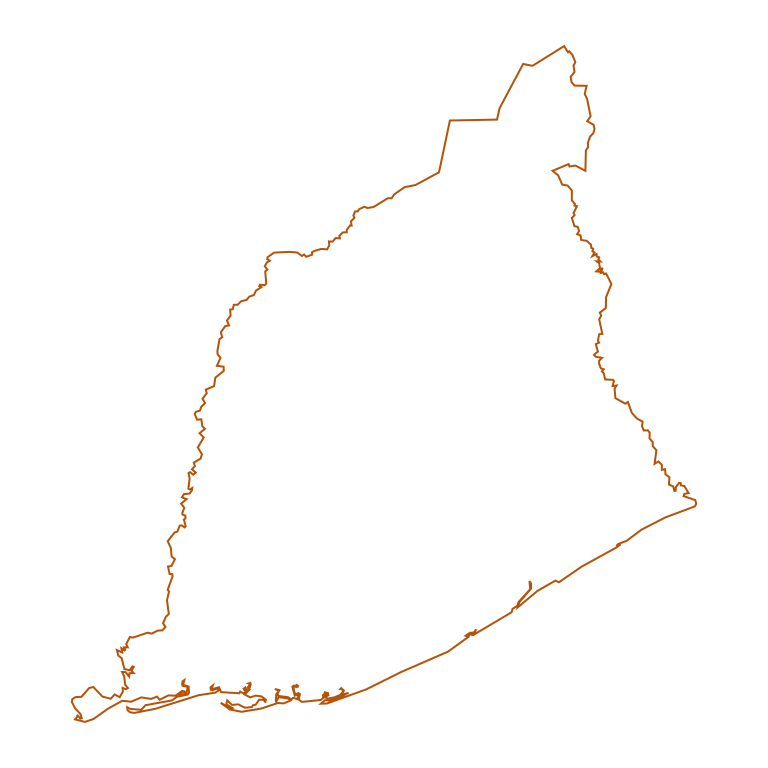 Antón, Coclé, Panama
{"feature_id": "35544464B51577894822537", "entity_name": "Antón", "entity_type": "district", "adm_level": 2, "iso_a3": "PAN", "parent_name": "Panama", "parent_adm1": "Coclé", "projection": "mercator", "projection_center": [-80.226, 8.473], "detail": "fine", "context": "isolated", "style": "outline", "palette": "amber", "viewbox_px": 768, "rotation_deg": 0, "n_neighbors": 0, "source": "geoboundaries", "source_scale": "gbopen_adm2", "svg_char_len": 6097}
<svg xmlns="http://www.w3.org/2000/svg" viewBox="0 0 768 768"><path d="M89.2,688.0L81.4,696.8L75.6,697.1L72.3,699.1L71.8,701.9L75.2,708.4L80.5,714.1L81.7,718.2L80.3,718.5L77.1,714.8L77.5,716.3L75.1,719.4L85.0,721.9L93.7,718.9L107.8,708.8L122.2,700.8L131.3,701.7L141.2,697.4L151.1,698.9L157.1,696.6L159.6,699.8L168.4,695.4L175.5,695.7L182.1,690.9L184.1,691.2L186.3,693.5L187.8,686.8L182.7,685.9L182.1,684.4L182.6,681.3L184.3,680.1L183.1,684.9L188.6,686.5L189.0,692.9L187.5,694.6L177.0,696.8L172.0,700.4L145.5,705.2L141.2,709.8L130.2,708.9L127.2,707.2L127.5,710.1L130.0,712.3L134.4,712.9L155.4,708.8L198.6,695.2L215.4,692.6L219.3,689.9L216.9,688.6L212.6,690.2L210.8,689.8L210.5,687.4L212.8,685.5L211.4,689.4L219.0,687.2L221.1,692.1L239.4,693.3L240.1,691.6L243.7,693.4L245.7,692.1L243.6,688.7L245.3,687.4L246.7,690.5L248.8,689.7L247.8,687.4L250.2,684.0L248.6,683.4L250.3,682.9L250.6,684.3L250.0,687.0L248.4,687.9L249.8,689.3L244.7,694.5L250.3,697.4L255.6,695.6L261.5,696.4L266.7,700.4L264.1,699.4L265.8,702.7L263.6,699.8L259.1,699.7L255.8,704.6L252.9,705.3L251.8,707.1L244.9,707.7L238.4,704.4L232.0,704.9L227.2,700.4L226.3,704.3L232.7,708.2L231.4,708.9L220.7,702.8L229.8,709.5L241.6,711.8L261.4,708.5L277.9,703.0L283.7,703.4L290.6,700.5L288.5,698.6L278.7,697.1L275.9,702.2L276.2,694.2L279.1,690.7L274.8,689.0L279.4,690.1L277.5,693.9L278.3,695.9L288.0,697.2L291.5,699.4L293.3,697.7L297.1,699.1L299.0,694.6L294.8,695.6L292.4,686.8L293.9,685.6L297.1,686.4L296.1,684.3L298.0,685.9L296.7,687.0L293.4,686.4L294.1,691.3L295.5,694.7L298.2,693.0L299.9,694.1L298.8,699.6L301.9,701.9L320.6,700.0L323.5,697.9L322.8,695.9L323.4,694.9L327.7,694.9L327.4,693.6L324.4,693.7L324.9,692.3L328.0,693.1L328.4,695.3L326.4,696.5L323.6,695.6L324.0,696.8L327.8,698.6L335.0,697.2L340.4,694.8L343.1,691.5L342.2,689.1L340.4,689.0L341.3,688.1L343.9,690.6L341.6,694.9L348.5,692.8L338.2,698.0L328.9,700.6L325.1,700.1L320.9,703.7L326.9,703.5L366.4,689.3L401.4,671.9L448.1,651.6L468.8,636.6L469.1,634.1L467.1,636.5L465.6,635.7L469.2,633.3L474.2,632.3L476.1,629.3L474.8,632.7L470.2,634.5L473.1,635.1L511.7,612.2L512.5,608.9L517.2,605.9L518.7,601.9L530.2,589.2L529.5,581.1L531.1,583.6L531.1,588.5L519.4,602.2L517.7,607.4L537.3,591.0L555.4,580.6L558.9,582.3L581.5,566.7L616.9,547.2L620.6,544.2L616.3,546.0L618.2,544.0L626.6,540.8L641.8,529.5L665.4,517.4L695.0,506.3L696.2,503.8L695.3,500.1L683.6,496.1L684.4,493.9L688.6,493.1L684.3,486.0L680.9,485.4L680.7,483.1L679.2,482.8L675.9,486.9L675.6,490.9L674.3,490.9L673.3,486.5L669.0,484.5L669.4,477.2L665.5,474.4L665.1,469.2L661.9,469.9L661.8,464.7L658.4,461.5L654.6,463.8L656.4,450.3L652.7,446.0L652.8,442.3L649.5,438.4L649.7,432.8L647.8,430.3L643.8,430.5L642.0,426.2L642.6,421.6L637.0,418.6L631.8,412.8L627.9,402.0L625.3,403.7L615.4,398.1L614.6,388.7L616.6,385.5L612.6,386.1L613.9,381.0L612.9,379.8L605.1,379.4L603.8,373.4L601.9,371.4L603.7,369.3L600.8,368.3L599.1,363.6L599.1,360.7L602.0,357.8L595.8,356.8L594.0,354.9L597.9,351.6L595.8,344.1L599.1,342.6L597.9,340.8L599.2,334.2L602.3,333.9L599.2,319.3L601.2,315.5L599.8,312.6L605.8,308.1L606.1,297.1L611.4,284.0L606.1,273.5L604.1,274.3L603.2,272.3L601.0,272.9L602.6,267.7L599.6,271.8L596.3,271.4L600.0,268.1L599.1,263.1L596.7,261.3L600.5,261.5L598.4,259.4L599.2,257.4L596.7,256.5L596.6,254.1L592.4,256.1L594.5,252.5L592.4,251.3L593.2,248.7L591.3,247.9L591.0,244.7L586.7,240.8L581.2,240.0L580.6,235.4L577.1,234.2L579.1,231.0L577.6,226.8L574.5,226.2L571.8,217.9L574.6,215.1L573.5,213.1L577.0,206.2L574.5,205.5L575.0,204.2L571.8,200.2L571.9,190.6L567.7,185.6L562.2,184.6L558.2,175.4L552.6,170.8L568.6,164.1L569.5,166.5L575.5,165.6L585.4,170.8L585.9,150.3L588.0,147.2L587.9,142.7L590.0,136.7L593.4,133.1L594.5,128.9L593.6,124.8L587.2,121.2L590.6,116.2L587.0,98.5L584.7,94.1L586.6,85.8L574.5,85.6L571.6,82.3L570.7,76.9L574.5,71.9L573.5,65.6L575.3,62.2L572.5,55.1L569.2,51.3L568.0,52.3L564.1,46.1L532.5,65.8L523.1,64.0L499.6,108.2L497.0,119.6L449.9,120.5L439.0,172.3L415.3,185.1L404.7,187.1L394.2,194.4L391.6,198.3L387.9,198.2L373.5,207.0L367.6,208.0L364.3,206.8L359.1,209.2L357.7,211.4L355.1,211.4L353.4,215.4L354.4,217.8L351.0,221.3L351.6,225.6L350.1,225.4L346.7,229.9L346.8,232.3L342.8,232.4L339.3,235.9L339.9,238.4L335.7,238.0L332.5,241.7L328.9,241.4L329.3,245.3L327.1,249.4L321.3,248.9L314.2,251.0L312.1,252.2L312.0,254.7L306.2,256.8L304.1,254.5L301.9,256.0L297.4,252.5L289.7,251.9L274.1,252.6L267.6,257.2L267.2,259.1L269.8,260.7L266.9,262.4L264.8,266.1L267.3,269.5L265.2,271.4L266.3,283.5L264.7,285.2L260.1,284.7L259.3,286.1L261.4,287.1L256.0,290.6L254.0,294.9L249.2,296.7L246.6,299.9L241.1,301.3L237.7,304.7L233.8,304.8L232.8,309.2L230.1,309.6L230.6,315.6L227.0,320.5L229.0,325.4L225.2,326.2L220.9,332.2L222.2,337.3L219.5,339.0L217.4,351.1L217.6,354.3L220.5,357.9L216.9,365.8L223.6,366.7L223.8,370.8L215.3,377.7L214.1,386.1L205.7,389.7L206.8,393.1L202.5,398.8L205.1,403.0L201.2,406.9L200.0,410.6L195.9,411.8L194.7,414.0L197.1,419.7L201.3,419.3L202.3,426.2L204.9,428.8L199.6,433.2L203.7,437.5L197.8,447.5L202.0,454.4L200.5,458.7L193.8,462.6L194.9,466.1L191.9,469.3L195.8,472.6L193.2,474.7L190.1,472.1L188.5,473.1L189.6,478.5L188.4,488.7L189.9,489.5L192.3,488.0L191.9,490.5L189.6,493.5L183.8,494.2L182.0,497.4L186.6,499.1L181.1,503.6L184.3,507.9L182.3,512.9L182.5,514.5L185.3,515.6L185.5,518.4L183.9,519.6L185.7,526.4L184.5,527.4L181.9,525.4L179.7,525.7L177.4,531.6L174.7,532.4L167.7,541.2L170.8,547.7L171.6,556.5L174.9,559.2L171.5,565.9L168.0,566.5L169.6,574.0L172.2,574.1L172.6,576.3L167.7,589.8L169.0,591.6L167.0,600.2L168.8,614.0L165.7,617.0L163.0,623.3L165.5,626.9L162.3,630.4L157.6,630.6L151.8,633.6L147.5,632.7L133.1,637.6L129.9,637.0L126.2,644.2L127.8,647.4L123.9,647.4L125.2,649.8L124.3,650.4L121.4,648.3L122.2,652.5L116.9,650.1L118.3,655.6L121.7,658.2L124.4,669.1L129.7,670.2L132.4,666.4L133.7,666.9L131.4,670.7L133.6,673.0L129.5,673.2L129.2,676.6L125.5,672.1L122.1,672.0L124.2,676.6L125.2,684.8L127.9,688.0L125.8,689.2L122.7,687.9L122.8,691.7L119.7,697.2L114.7,694.4L110.7,698.8L102.5,696.6L93.3,687.0L89.2,688.0ZM184.8,694.1L184.4,692.2L182.4,691.6L178.4,694.5L184.8,694.1Z" fill="none" stroke="#b45309" stroke-width="2"/></svg>